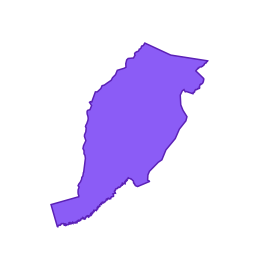 outline of Sena Madureira, Acre, Brazil, rotated 344°
{"feature_id": "56859067B34860614425880", "entity_name": "Sena Madureira", "entity_type": "district", "adm_level": 2, "iso_a3": "BRA", "parent_name": "Brazil", "parent_adm1": "Acre", "projection": "mercator", "projection_center": [-69.608, -9.772], "detail": "fine", "context": "isolated", "style": "filled", "palette": "violet", "viewbox_px": 256, "rotation_deg": 344, "n_neighbors": 0, "source": "geoboundaries", "source_scale": "gbopen_adm2", "svg_char_len": 5752}
<svg xmlns="http://www.w3.org/2000/svg" viewBox="0 0 256 256"><g transform="rotate(344 128 128)"><path d="M64.7,201.2L65.1,201.1L65.3,201.2L64.8,201.4L65.2,201.9L65.1,202.2L65.3,202.5L65.6,202.5L65.6,202.8L65.9,202.7L65.8,202.3L66.3,201.8L66.9,202.0L67.3,202.0L67.6,201.7L67.9,201.9L68.2,201.9L68.0,201.4L68.3,201.2L68.1,201.1L68.0,200.8L68.6,200.4L68.6,200.0L69.0,200.0L69.1,199.7L69.3,199.7L69.5,199.9L69.7,200.7L70.0,200.4L70.1,200.0L70.4,199.9L70.6,200.1L70.8,199.9L70.7,199.5L71.0,199.6L71.3,199.3L71.8,199.2L71.7,198.9L72.0,198.9L72.0,199.1L72.3,199.1L72.5,198.9L72.2,198.1L72.3,197.8L72.5,197.6L73.0,197.9L73.2,198.1L73.9,198.0L74.4,198.1L74.4,198.4L74.9,198.7L75.0,198.6L75.2,198.0L75.6,197.9L75.9,197.3L76.4,197.4L76.7,197.3L76.5,196.1L76.6,195.8L77.0,195.6L77.7,196.0L77.9,195.2L78.7,195.6L78.9,195.4L79.3,195.5L79.4,195.1L79.3,194.8L79.4,194.5L79.6,194.3L79.7,194.0L80.6,194.1L80.8,193.9L80.9,193.4L81.3,193.8L81.4,193.2L81.7,193.1L82.2,193.4L82.5,193.1L82.2,192.8L82.4,192.5L82.8,192.2L83.0,192.5L83.5,193.2L83.9,193.3L84.6,192.5L84.9,192.8L85.3,192.8L85.8,192.3L86.9,191.8L87.5,190.5L88.0,190.4L88.0,191.1L88.4,191.3L88.9,190.5L89.3,190.1L89.6,190.0L89.9,190.2L90.1,190.9L90.5,191.1L90.8,190.8L91.1,190.8L91.6,191.2L91.9,191.2L92.0,190.7L92.5,190.3L92.5,190.0L93.0,189.6L93.6,189.6L94.3,189.8L94.9,189.6L95.2,189.7L95.4,189.5L95.5,188.3L95.7,187.8L95.4,187.2L95.7,187.1L96.6,187.2L97.3,186.9L97.9,187.2L97.9,186.6L97.9,186.3L97.6,186.0L97.5,185.0L97.7,184.8L98.0,185.0L99.0,184.1L98.9,183.6L99.1,183.4L99.5,183.3L99.8,183.0L100.1,183.0L100.7,183.3L101.3,183.2L101.5,183.0L101.6,182.7L102.2,182.6L102.4,182.2L102.6,182.2L103.3,182.7L103.6,182.8L103.9,182.7L104.4,182.3L104.8,182.2L105.1,182.1L105.2,181.5L105.5,181.2L106.1,181.0L106.4,181.2L106.5,181.4L106.8,181.4L107.1,181.0L107.2,179.5L107.5,179.5L107.6,180.3L107.8,180.5L108.2,180.0L108.4,180.1L108.7,180.5L109.3,180.2L109.6,180.3L109.9,180.7L110.0,180.5L109.9,180.2L109.9,179.9L110.1,179.7L110.6,179.4L110.8,179.1L110.7,178.9L110.2,178.9L110.4,178.6L111.3,178.8L111.6,178.7L111.5,178.0L111.9,177.8L112.2,177.8L112.7,178.0L112.7,177.7L112.5,177.3L112.9,177.2L113.3,176.8L113.7,176.9L114.0,176.8L114.1,176.3L114.5,175.9L115.1,176.7L115.6,176.9L116.3,177.3L116.4,177.6L116.8,177.6L116.9,177.9L117.4,178.4L118.0,179.6L118.3,179.9L118.5,180.2L118.5,180.9L118.4,181.2L118.4,181.8L118.2,182.2L118.3,182.6L118.8,183.0L118.9,183.4L118.7,183.9L119.1,184.6L119.1,185.2L119.5,185.7L119.8,185.9L121.1,186.9L133.5,185.4L134.4,185.2L134.0,185.1L132.5,183.5L134.2,178.6L136.7,175.5L147.6,169.3L151.8,167.9L158.4,159.5L170.5,151.2L177.1,143.2L185.6,137.1L187.8,133.4L185.7,126.1L185.1,120.3L187.3,110.8L190.4,107.3L192.4,106.5L193.0,109.0L194.3,109.1L199.9,113.0L200.1,112.8L200.0,112.5L200.3,112.1L200.5,111.9L200.9,111.8L201.2,112.0L202.0,111.6L202.3,110.9L203.3,109.8L203.6,109.7L204.2,109.9L204.5,110.1L205.1,109.8L205.7,109.8L205.8,109.4L206.1,109.3L206.4,109.3L206.9,109.6L207.5,109.6L207.9,109.3L208.0,109.0L207.7,108.8L208.0,107.9L208.3,107.7L208.4,107.4L208.6,107.2L209.0,106.6L209.1,106.3L209.3,106.1L210.0,106.2L210.0,105.9L210.3,105.7L211.2,105.9L211.4,105.8L212.4,105.2L212.7,104.9L212.7,104.6L213.0,104.4L213.5,103.7L213.5,103.4L214.2,102.5L214.1,101.7L214.4,101.3L208.9,91.8L209.0,91.6L210.1,91.0L210.6,90.6L211.3,90.4L211.5,89.9L211.8,89.8L212.2,90.0L212.5,89.9L212.8,89.7L213.0,89.3L214.0,89.2L215.6,89.5L215.9,89.2L216.3,89.1L216.7,89.2L217.2,88.8L218.0,88.6L218.4,88.1L218.7,88.1L218.9,87.9L219.2,87.3L219.4,87.2L220.0,87.1L220.5,86.9L220.8,87.0L221.2,86.9L221.7,86.1L222.7,85.9L223.1,85.4L189.2,69.7L167.6,51.0L167.1,51.4L167.0,51.7L166.7,51.8L166.6,52.1L166.2,52.3L165.9,52.6L165.6,52.8L165.0,53.0L164.7,53.2L164.1,52.9L163.6,53.2L163.2,53.6L162.9,54.3L162.6,54.6L162.0,55.1L161.2,55.4L160.6,55.3L159.6,56.7L158.3,57.2L157.7,57.0L156.5,57.4L155.9,57.4L155.0,58.2L154.8,58.5L154.7,60.2L154.1,60.6L152.6,62.2L147.3,61.2L145.5,62.2L143.6,65.5L142.8,69.0L141.0,69.5L133.6,69.6L130.7,73.3L127.1,75.3L125.0,77.5L119.9,79.2L117.1,80.2L114.7,80.2L112.8,82.6L108.4,84.8L106.6,84.3L100.3,93.0L99.1,92.3L98.1,92.7L99.2,96.4L96.5,99.9L94.2,99.9L93.6,100.3L93.1,101.1L92.6,103.3L92.7,105.8L92.4,107.7L91.7,109.4L89.6,112.4L88.2,113.8L87.7,114.7L87.5,114.9L87.8,116.4L86.4,120.0L84.3,122.6L83.8,124.1L84.0,128.1L83.9,128.7L80.4,132.7L79.0,135.4L79.5,137.6L78.6,140.7L79.1,142.4L78.7,145.4L73.2,158.3L72.9,158.4L71.3,161.8L70.0,162.7L69.2,164.6L67.3,166.8L65.3,168.3L64.1,169.7L64.7,171.3L63.0,173.7L62.2,176.2L61.9,178.0L62.1,179.2L61.7,180.5L32.9,180.4L32.9,203.2L33.2,203.5L33.4,203.0L34.0,202.9L34.4,202.4L34.8,202.6L35.3,202.4L35.7,202.6L36.0,202.6L36.2,202.8L36.4,202.7L36.9,201.9L37.2,202.0L37.6,202.0L38.0,201.6L38.6,201.9L39.4,201.9L39.7,202.1L39.9,202.4L40.6,202.6L40.3,202.9L39.8,202.9L39.7,203.5L40.1,204.0L40.4,204.1L41.2,204.0L41.5,204.3L41.5,204.6L42.4,204.3L42.3,203.8L42.8,204.2L43.2,204.2L43.7,204.5L44.0,204.4L43.9,204.1L44.4,204.0L44.8,203.8L45.1,204.0L45.1,203.7L45.3,203.1L45.2,202.8L45.5,202.7L46.0,202.8L45.8,203.6L46.0,203.7L46.3,203.6L46.6,203.4L46.8,203.5L46.9,204.4L47.4,204.1L47.6,203.8L48.6,204.5L48.6,204.2L48.5,203.9L48.8,203.5L48.9,203.8L49.1,203.9L49.9,203.9L49.9,204.1L50.1,204.4L50.6,204.5L50.8,204.7L51.4,204.2L51.6,204.1L51.8,204.4L51.9,204.9L53.0,205.0L53.1,204.7L53.2,203.6L53.6,203.5L54.3,203.6L54.5,203.9L55.0,203.9L54.8,203.4L54.9,203.0L55.6,203.1L55.7,203.3L55.9,203.9L56.2,203.8L56.4,203.6L57.0,203.7L57.4,202.7L57.6,202.6L58.2,202.6L58.4,202.2L59.0,202.5L59.7,201.9L59.8,202.2L59.8,202.9L60.0,203.1L60.3,203.1L60.4,202.2L60.6,202.5L61.0,203.5L61.5,203.2L61.7,203.6L61.9,203.6L62.1,203.5L62.2,202.5L62.5,202.3L63.8,202.0L64.1,201.8L63.7,201.6L63.6,201.4L63.8,201.3L64.6,201.4L64.7,201.2Z" fill="#8b5cf6" stroke="#5b21b6" stroke-width="1.5"/></g></svg>